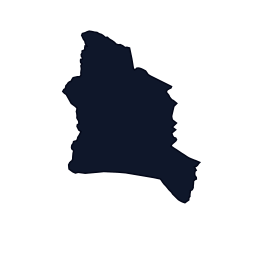 the district of Serrinha, Bahia, Brazil, rotated 304°
{"feature_id": "56859067B34469198786883", "entity_name": "Serrinha", "entity_type": "district", "adm_level": 2, "iso_a3": "BRA", "parent_name": "Brazil", "parent_adm1": "Bahia", "projection": "equal_earth", "projection_center": [-38.992, -11.677], "detail": "fine", "context": "isolated", "style": "filled", "palette": "ink", "viewbox_px": 256, "rotation_deg": 304, "n_neighbors": 0, "source": "geoboundaries", "source_scale": "gbopen_adm2", "svg_char_len": 2585}
<svg xmlns="http://www.w3.org/2000/svg" viewBox="0 0 256 256"><g transform="rotate(304 128 128)"><path d="M61.0,102.1L60.9,104.3L60.8,106.7L61.3,109.6L63.4,111.4L66.6,117.8L75.7,129.0L78.4,132.2L85.8,144.3L89.6,151.1L95.8,164.7L101.4,177.1L103.9,183.3L103.4,184.9L102.6,186.8L101.7,189.4L101.3,191.5L100.5,194.3L99.8,196.4L99.4,198.5L99.1,200.1L98.3,201.9L97.8,204.6L97.2,207.7L96.8,209.9L96.9,212.1L97.2,214.4L97.9,217.0L100.5,217.9L102.3,218.6L104.3,217.4L105.8,217.6L107.1,216.7L108.8,215.8L111.1,214.8L112.8,215.7L114.9,215.4L116.6,214.3L118.0,213.6L119.2,212.9L120.6,212.0L122.3,212.2L123.9,213.2L125.2,212.2L126.0,209.9L128.0,208.4L129.8,207.7L131.1,208.2L132.7,204.9L134.5,206.0L135.9,206.4L137.9,206.4L139.6,206.7L139.1,204.2L138.8,202.5L138.3,200.7L137.6,197.3L137.2,195.0L137.1,193.1L137.1,190.7L137.1,189.0L137.0,187.0L137.0,184.4L137.0,180.3L136.9,177.5L137.0,173.7L139.2,173.5L141.1,174.0L142.5,174.4L144.2,174.8L145.5,174.7L146.3,173.2L145.7,171.0L146.8,168.8L148.3,167.1L150.8,167.8L153.2,168.5L153.3,166.0L153.5,164.2L159.2,165.4L159.5,160.3L160.7,158.9L162.2,157.5L171.6,153.9L175.7,154.7L176.1,150.4L175.9,148.5L176.3,146.9L176.9,145.1L177.9,143.6L178.4,142.0L179.1,139.6L181.5,139.2L183.4,140.1L185.3,141.2L186.7,140.9L183.6,117.6L183.5,114.8L184.3,112.8L185.1,110.7L184.8,107.7L184.4,105.4L183.7,103.4L182.6,101.9L181.1,101.6L179.9,101.0L180.3,99.2L187.3,92.6L195.2,84.5L194.3,82.0L193.0,80.5L193.2,77.7L192.8,75.0L191.4,73.2L190.9,71.0L191.4,69.0L191.5,66.2L191.3,62.8L191.7,60.2L190.3,58.5L190.7,56.1L190.7,53.7L190.0,51.3L189.9,48.9L188.8,46.8L187.7,44.0L186.6,41.7L185.0,40.4L183.1,39.3L180.8,37.4L178.9,37.8L177.8,39.7L176.8,41.2L175.9,43.7L174.7,44.9L173.8,46.2L172.9,48.1L172.1,46.5L170.7,47.1L168.6,48.4L166.2,46.9L164.5,48.1L162.8,48.1L161.3,49.4L160.8,51.0L159.4,51.6L158.4,50.4L157.1,51.1L155.8,52.2L155.5,53.9L153.2,54.2L151.9,55.5L150.8,56.4L149.5,57.0L147.5,58.0L145.6,59.5L143.6,59.4L142.1,57.3L140.3,55.6L139.0,54.4L137.0,54.4L135.1,54.7L133.7,53.8L132.3,53.2L130.2,53.2L128.4,52.9L127.0,53.5L125.5,54.0L124.0,53.3L121.8,53.5L121.3,55.8L121.3,58.1L117.7,65.2L116.7,67.2L116.6,69.1L116.5,71.9L116.1,74.5L114.6,75.4L112.8,76.0L111.5,77.4L109.7,78.9L107.8,80.0L107.0,81.5L106.3,83.1L104.1,85.0L102.3,84.2L100.8,84.9L99.9,86.5L98.8,88.4L98.8,90.9L97.5,91.3L96.0,91.4L94.6,91.6L92.3,91.6L90.5,92.3L88.6,92.5L87.6,91.5L86.3,90.5L84.5,91.2L82.3,91.1L80.4,92.0L79.3,93.1L79.2,94.9L78.2,96.0L76.4,96.6L74.8,97.5L73.0,98.5L71.4,99.5L69.7,99.9L68.2,99.4L66.6,99.1L64.3,99.4L62.4,100.9L61.0,102.1Z" fill="#0f172a" stroke="#020617" stroke-width="1.5"/></g></svg>